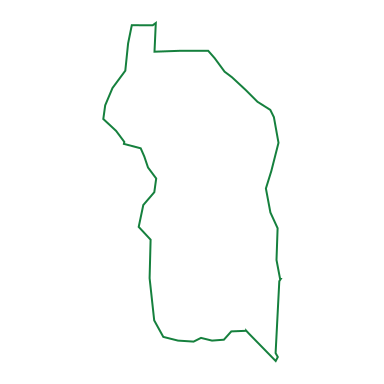 outline of Grums, Värmland, Sweden
{"feature_id": "70781695B11595834980673", "entity_name": "Grums", "entity_type": "district", "adm_level": 2, "iso_a3": "SWE", "parent_name": "Sweden", "parent_adm1": "Värmland", "projection": "orthographic", "projection_center": [13.042, 59.403], "detail": "fine", "context": "isolated", "style": "outline", "palette": "green", "viewbox_px": 384, "rotation_deg": 0, "n_neighbors": 0, "source": "geoboundaries", "source_scale": "gbopen_adm2", "svg_char_len": 762}
<svg xmlns="http://www.w3.org/2000/svg" viewBox="0 0 384 384"><path d="M123.9,143.9L140.7,148.3L144.3,156.5L148.0,167.5L156.2,178.5L154.3,192.2L143.3,205.0L138.7,226.9L150.6,239.7L149.6,278.2L154.2,320.4L163.3,336.9L178.0,340.6L193.6,341.6L201.0,337.9L212.0,340.6L223.9,339.7L231.3,331.4L246.2,330.8L246.2,330.7L249.0,333.7L275.7,361.0L277.8,357.0L275.6,353.1L279.3,281.2L280.7,279.0L280.1,279.0L276.5,260.0L277.6,228.2L270.4,212.5L265.9,188.5L271.3,171.1L278.5,142.8L273.9,117.2L270.3,109.9L257.5,101.8L245.6,89.9L231.9,77.2L224.6,71.7L214.6,58.1L208.2,50.8L180.0,50.8L154.5,51.7L155.8,23.0L152.7,25.3L131.8,25.2L128.1,43.4L125.3,70.7L112.5,88.0L105.2,105.3L103.3,119.0L116.1,130.9L124.3,141.9L123.9,143.9Z" fill="none" stroke="#15803d" stroke-width="2"/></svg>